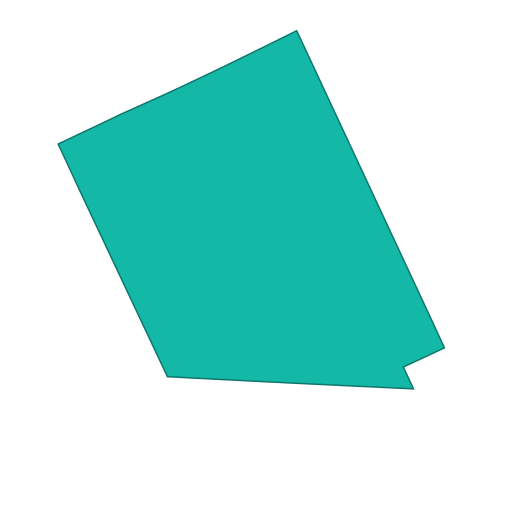 the border of Al Kufrah, rotated 335°
{"feature_id": "LBY-2965", "entity_name": "Al Kufrah", "entity_type": "Municipality", "adm_level": 1, "iso_a3": "LBY", "parent_name": "Libya", "parent_adm1": "", "projection": "mercator", "projection_center": [22.731, 23.273], "detail": "fine", "context": "isolated", "style": "filled", "palette": "teal", "viewbox_px": 512, "rotation_deg": 335, "n_neighbors": 0, "source": "natural_earth", "source_scale": "10m", "svg_char_len": 1607}
<svg xmlns="http://www.w3.org/2000/svg" viewBox="0 0 512 512"><g transform="rotate(335 256 256)"><path d="M342.6,443.0L337.0,440.0L331.4,437.1L325.8,434.2L320.2,431.2L314.6,428.3L309.0,425.3L303.4,422.4L297.7,419.4L292.1,416.5L286.5,413.5L280.9,410.6L275.3,407.6L269.7,404.7L264.1,401.7L258.5,398.8L252.8,395.8L247.2,392.8L241.6,389.9L236.0,386.9L230.4,384.0L224.8,381.0L219.2,378.0L213.5,375.1L207.9,372.1L202.3,369.1L196.7,366.2L191.1,363.2L185.5,360.2L179.9,357.2L174.3,354.3L168.7,351.3L163.0,348.3L157.4,345.3L151.8,342.4L146.2,339.4L140.6,336.4L135.0,333.4L129.4,330.4L124.7,328.0L124.7,324.1L124.7,323.6L124.7,323.1L124.7,322.6L124.7,322.1L124.7,321.5L124.7,321.0L124.7,320.5L124.7,320.0L124.6,295.6L124.5,271.1L124.4,246.5L124.3,221.8L124.2,197.0L124.1,172.2L124.0,147.2L123.9,122.1L124.0,96.5L124.0,70.9L139.4,70.8L154.9,70.7L174.7,70.6L194.6,70.4L221.8,70.8L249.1,71.1L275.7,71.0L302.2,70.8L328.8,70.3L355.4,69.8L372.1,69.4L388.0,69.0L388.1,78.7L388.1,88.6L388.1,103.4L388.1,118.2L388.1,133.0L388.1,147.7L388.1,162.3L388.1,177.0L388.1,191.6L388.1,206.1L388.1,220.7L388.1,235.2L388.1,249.7L388.1,264.1L388.1,278.5L388.1,292.9L388.1,307.2L388.1,321.5L388.1,327.6L388.1,333.7L388.1,339.8L388.1,345.9L388.1,352.0L388.1,358.1L388.1,364.1L388.1,370.2L388.1,376.3L388.1,382.3L388.1,388.4L388.1,394.4L388.0,399.0L388.0,403.6L388.0,408.2L388.0,412.9L388.0,418.3L388.0,418.6L387.9,418.8L387.7,418.9L382.9,418.9L376.3,418.9L370.7,418.9L365.0,418.9L359.0,418.9L353.8,418.9L350.0,418.9L342.6,418.9L342.6,424.9L342.6,430.9L342.6,437.0L342.6,443.0Z" fill="#14b8a6" stroke="#0f766e" stroke-width="1.5"/></g></svg>